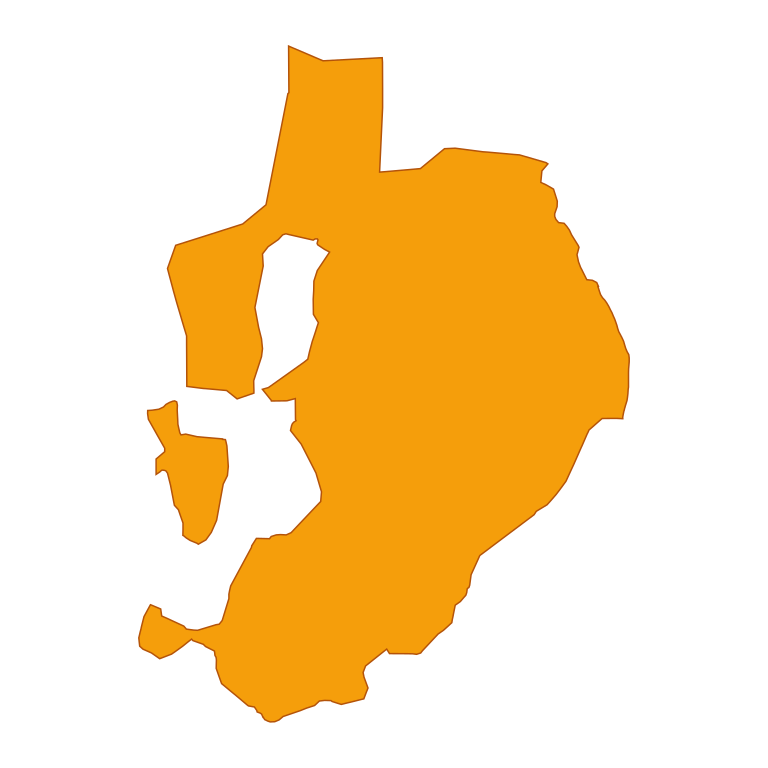 Hobeish, Ibb, Yemen
{"feature_id": "15242507B62921910319151", "entity_name": "Hobeish", "entity_type": "district", "adm_level": 2, "iso_a3": "YEM", "parent_name": "Yemen", "parent_adm1": "Ibb", "projection": "albers", "projection_center": [44.071, 14.118], "detail": "fine", "context": "isolated", "style": "filled", "palette": "amber", "viewbox_px": 768, "rotation_deg": 0, "n_neighbors": 0, "source": "geoboundaries", "source_scale": "gbopen_adm2", "svg_char_len": 5321}
<svg xmlns="http://www.w3.org/2000/svg" viewBox="0 0 768 768"><path d="M288.6,46.1L288.9,92.7L287.9,93.6L266.0,204.8L242.7,224.0L239.5,225.0L203.8,236.4L175.7,245.3L170.7,259.4L167.5,268.5L168.8,273.5L172.9,288.8L173.5,291.1L176.0,300.1L177.2,304.3L180.4,315.1L183.5,325.6L186.6,335.9L186.6,344.5L186.7,360.6L186.8,386.4L203.5,388.5L205.3,388.6L213.3,389.3L226.6,390.5L237.1,398.9L253.9,393.1L253.9,389.9L253.8,386.9L253.7,380.7L259.3,363.5L261.5,356.7L262.5,348.7L261.5,338.9L258.6,327.3L254.9,307.5L255.5,304.5L263.2,266.0L262.5,253.9L268.1,246.7L278.4,239.5L282.7,234.8L285.9,233.8L289.1,234.6L313.2,240.1L315.2,238.9L317.4,238.9L318.0,239.9L317.5,241.8L317.1,243.4L317.7,244.8L324.4,249.3L329.6,252.1L317.3,270.5L313.9,281.1L313.7,290.6L313.2,299.2L313.4,314.3L318.4,322.7L316.7,327.8L316.0,330.1L315.1,332.9L313.1,339.0L312.3,341.3L309.5,351.7L307.8,359.2L303.9,362.3L270.2,386.3L268.3,387.6L262.4,389.3L271.3,400.4L271.4,401.0L286.9,400.8L295.3,398.6L295.5,419.6L296.1,420.7L293.7,422.2L292.4,423.7L291.6,425.6L290.5,430.5L301.2,444.1L305.6,452.7L311.9,465.0L316.0,473.1L316.8,475.9L321.5,491.8L320.7,501.5L314.3,508.2L303.4,519.7L294.5,529.1L291.5,532.3L291.1,532.7L286.2,534.9L280.6,534.6L280.4,534.6L276.2,534.9L271.2,536.5L269.5,538.7L257.2,538.4L256.4,538.4L252.3,544.9L251.8,545.6L251.4,547.5L230.7,585.9L229.6,590.5L228.9,594.2L228.9,597.4L228.9,598.6L223.8,615.3L222.2,620.5L219.2,624.2L216.1,624.7L197.6,630.3L193.8,630.1L186.3,629.1L185.8,628.4L183.8,626.1L181.0,624.8L173.6,621.4L167.6,618.6L161.7,616.0L160.7,609.0L150.5,604.7L150.4,604.8L144.0,616.6L141.4,626.9L141.0,628.9L140.2,631.9L138.9,637.5L138.8,637.8L139.2,641.8L139.7,646.2L143.0,649.2L151.4,652.9L159.7,658.7L165.9,656.3L171.6,654.1L175.2,651.6L182.7,646.2L184.8,644.5L187.5,642.3L191.6,639.1L192.9,640.6L203.3,644.3L205.5,646.5L214.4,651.0L214.7,652.9L214.9,654.8L215.0,655.5L216.1,657.4L216.4,660.0L216.2,668.4L216.5,669.2L217.2,671.2L218.7,675.5L221.6,683.6L232.2,692.4L232.7,692.8L233.4,693.4L235.3,694.9L236.7,696.1L238.5,697.6L247.1,704.9L248.4,705.9L252.2,706.6L254.4,707.0L256.8,710.5L257.1,711.9L258.0,712.3L260.2,713.1L261.6,714.1L263.0,717.3L263.2,717.2L264.1,718.6L264.7,719.6L264.8,719.6L267.8,721.1L270.2,721.9L274.8,721.7L279.1,719.9L283.1,716.5L300.1,710.7L301.1,710.3L306.6,708.1L314.6,705.5L315.7,704.5L319.4,701.0L319.6,701.0L324.7,700.4L331.0,700.6L332.1,701.5L338.0,703.4L341.3,704.4L346.5,703.1L351.6,701.9L361.9,699.3L363.8,698.9L365.2,695.2L366.6,691.5L367.2,690.1L367.5,689.2L368.0,688.0L364.0,677.1L363.1,672.5L365.6,665.9L366.0,665.6L386.7,649.1L389.5,653.6L407.1,653.7L412.0,653.8L412.6,653.8L416.6,654.3L420.7,653.0L422.4,650.8L438.1,634.0L440.0,632.7L443.3,630.4L443.9,629.9L448.1,626.1L451.0,623.4L451.8,622.7L452.3,619.6L453.0,616.4L453.5,613.7L455.2,605.3L455.7,604.8L457.2,603.8L460.4,601.5L463.8,597.5L465.8,595.3L466.7,592.7L467.2,588.9L467.9,588.1L468.9,587.5L469.7,585.2L471.1,574.7L475.6,564.8L479.8,555.5L534.1,514.7L536.3,511.3L547.3,504.6L547.4,504.4L551.0,500.4L556.1,494.5L559.4,490.2L562.5,486.0L566.0,481.2L569.8,472.9L573.7,464.5L577.6,455.7L579.0,452.5L581.3,447.3L582.1,445.6L587.4,433.4L587.7,433.0L589.0,430.0L602.1,418.5L611.6,418.4L617.0,418.4L622.6,418.7L622.8,418.7L622.8,418.3L622.7,417.4L623.2,414.5L623.9,411.1L624.2,410.3L624.8,407.7L625.0,407.3L625.3,406.0L626.0,403.8L627.0,400.5L627.5,397.2L627.9,393.7L628.1,390.4L628.2,389.1L628.5,387.1L628.5,383.7L628.5,379.8L628.5,377.7L628.5,376.0L628.5,372.9L628.5,372.6L628.6,368.9L628.9,365.5L629.2,361.8L629.2,358.0L628.8,354.7L627.1,351.7L626.6,350.5L625.7,348.4L624.6,344.8L623.6,341.3L622.2,338.2L621.7,337.3L621.7,337.1L621.4,336.7L620.6,335.1L619.2,332.5L618.8,331.8L617.7,328.5L616.9,325.4L615.8,322.2L614.7,319.1L613.3,316.0L612.0,312.8L610.4,309.8L609.0,306.9L608.7,306.3L606.7,302.9L604.8,300.2L602.5,297.7L600.6,294.7L599.5,291.5L598.5,288.3L597.9,286.4L598.4,286.3L596.7,282.5L596.0,282.2L595.5,281.9L592.6,280.4L592.4,280.3L586.8,279.7L582.4,270.9L582.3,270.6L580.6,267.4L578.5,261.8L577.0,254.7L577.6,252.6L579.0,247.3L578.2,245.5L571.6,234.9L569.4,230.1L566.8,226.4L564.1,223.3L558.6,222.6L555.9,219.4L554.7,216.4L554.7,213.7L557.1,206.7L557.3,201.2L555.4,195.1L553.5,189.1L546.4,185.0L540.8,182.4L541.9,170.9L547.9,163.9L546.0,162.6L519.5,154.9L514.3,154.5L504.5,153.6L487.5,152.1L483.1,151.8L466.8,149.7L455.2,148.2L444.5,148.7L420.4,168.6L409.3,169.6L384.9,171.7L379.6,172.1L379.6,171.9L382.6,107.8L382.6,106.7L382.6,101.2L382.6,88.2L382.5,62.3L382.2,57.7L323.0,60.8L288.6,46.1ZM179.8,432.8L177.9,424.3L177.7,419.5L177.2,410.0L177.4,405.2L176.7,401.9L174.7,400.9L172.8,401.2L169.6,402.4L166.0,404.4L163.5,407.0L158.9,409.2L152.2,410.2L147.7,410.5L147.6,413.6L148.4,419.3L157.1,434.8L164.7,448.2L164.7,449.1L164.7,451.7L156.1,459.0L156.1,461.2L156.1,461.4L156.1,474.4L159.6,472.1L161.6,470.3L162.8,470.1L164.6,470.4L165.8,470.8L167.5,473.1L170.5,485.1L174.0,503.3L174.4,505.3L178.4,509.7L180.3,515.3L183.0,523.0L183.0,526.7L183.0,527.3L183.0,529.9L182.9,534.1L182.9,535.1L182.9,535.3L183.1,535.3L186.2,537.9L190.1,540.4L194.2,542.1L196.9,543.2L198.3,544.2L205.9,539.9L211.3,532.4L216.6,520.3L223.2,484.1L227.4,475.6L228.3,466.5L226.9,445.9L225.9,441.4L225.4,439.6L222.6,439.4L222.6,438.9L203.8,437.3L199.5,436.9L197.1,436.7L185.7,434.1L181.0,434.9L179.8,432.8Z" fill="#f59e0b" stroke="#b45309" stroke-width="1.5"/></svg>